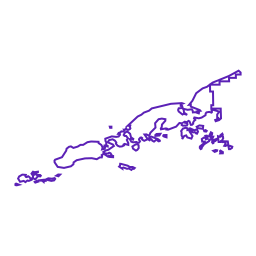 the district of Aleutians East, Alaska, United States of America
{"feature_id": "52423323B46246640861022", "entity_name": "Aleutians East", "entity_type": "district", "adm_level": 2, "iso_a3": "USA", "parent_name": "United States of America", "parent_adm1": "Alaska", "projection": "natural_earth1", "projection_center": [-161.986, 55.403], "detail": "fine", "context": "isolated", "style": "outline", "palette": "violet", "viewbox_px": 256, "rotation_deg": 0, "n_neighbors": 0, "source": "geoboundaries", "source_scale": "gbopen_adm2", "svg_char_len": 6035}
<svg xmlns="http://www.w3.org/2000/svg" viewBox="0 0 256 256"><path d="M240.6,72.5L238.6,70.7L228.9,76.0L212.6,82.6L207.0,86.8L202.6,88.4L196.2,93.2L192.4,100.8L189.1,104.8L190.8,104.6L190.8,106.6L199.8,110.1L200.4,110.8L197.5,111.3L199.0,112.7L198.8,113.4L195.4,112.2L192.9,112.4L192.6,110.4L191.7,109.3L187.6,109.8L182.9,108.7L183.7,109.8L184.0,112.6L187.2,114.8L183.8,113.8L182.5,114.5L178.7,111.5L178.1,110.0L178.7,108.3L182.7,108.0L182.1,106.0L180.7,105.9L180.7,104.4L182.9,103.5L181.8,103.1L170.9,103.8L151.8,108.4L149.0,110.7L143.9,112.6L141.4,114.7L137.7,116.5L127.7,125.8L130.2,125.7L129.8,126.8L130.4,128.3L129.9,129.1L128.1,129.9L126.5,129.3L126.1,128.2L125.0,129.7L124.2,129.7L124.6,130.2L123.3,131.5L121.3,131.4L119.8,133.1L119.6,132.6L118.7,132.9L118.1,133.9L119.6,133.9L120.0,134.8L118.6,136.5L116.3,136.9L111.8,136.4L105.3,138.7L105.5,141.0L106.3,142.4L106.1,145.0L107.7,145.9L107.7,146.5L104.5,145.5L104.2,146.7L105.1,147.7L104.6,148.8L102.1,149.4L102.6,147.6L102.0,146.2L101.3,144.9L98.6,143.1L98.5,141.8L91.1,141.5L87.4,142.2L83.1,144.9L80.4,144.9L77.7,146.6L73.4,147.9L70.9,146.4L69.0,146.8L66.6,148.7L66.2,150.7L62.0,157.2L55.1,159.7L54.5,160.6L54.6,162.3L57.7,166.9L64.0,167.9L70.9,166.3L73.4,164.3L73.6,162.4L76.7,160.2L85.0,158.4L91.8,158.2L96.8,159.2L99.8,157.4L101.8,157.4L102.2,155.9L101.7,155.1L103.6,153.7L108.0,156.6L108.9,155.7L111.0,155.8L110.2,157.0L113.1,157.2L113.1,156.1L112.4,156.2L110.5,153.2L109.2,152.7L107.9,153.5L105.2,153.5L103.4,152.0L105.7,150.5L108.3,149.8L113.9,146.0L112.9,144.5L108.2,142.5L108.0,141.8L109.2,140.1L112.6,139.3L114.9,140.6L116.3,142.5L115.9,143.7L117.6,145.7L119.7,146.6L122.0,146.4L124.0,145.4L123.6,144.5L124.6,143.9L128.3,144.9L128.3,143.1L126.8,139.9L128.0,138.3L126.2,136.0L124.5,135.9L123.7,135.0L124.8,132.8L126.6,131.7L127.8,131.9L130.1,133.8L131.0,137.3L133.3,138.9L133.0,139.6L131.6,138.7L129.8,139.1L131.3,141.7L133.1,142.3L136.6,142.0L137.6,142.9L139.1,142.6L140.0,141.3L139.0,139.7L139.1,139.0L140.4,137.6L141.5,137.5L142.2,138.1L141.8,138.9L142.2,139.6L144.2,140.8L147.1,139.5L147.4,138.7L144.5,134.5L146.5,134.4L148.8,135.6L149.6,134.9L150.4,132.7L155.5,127.6L155.1,123.2L158.6,119.2L161.8,118.6L165.4,119.2L165.3,120.8L162.0,124.5L161.7,127.2L160.8,128.5L161.0,129.3L166.0,128.4L167.0,128.7L166.6,129.5L168.0,129.7L176.2,126.6L179.4,123.0L181.9,123.3L181.7,125.0L182.9,125.7L186.9,125.5L187.5,124.2L187.1,123.2L183.6,122.4L184.7,121.7L186.9,122.2L188.5,120.9L189.5,121.4L190.9,124.9L192.0,124.8L193.2,123.7L193.1,122.6L194.0,121.0L195.3,119.9L194.0,118.4L194.4,117.5L198.8,118.3L201.6,117.6L205.5,115.2L205.7,113.4L206.5,112.4L209.2,111.9L211.5,112.6L212.0,112.0L211.6,110.4L213.1,109.8L219.3,111.6L217.2,114.5L217.2,117.8L218.3,117.9L218.8,118.8L215.2,120.0L215.7,121.2L219.1,120.1L221.0,118.4L220.7,108.6L211.3,108.6L211.3,105.2L213.2,105.2L213.0,91.5L210.1,91.5L210.0,84.7L219.6,84.7L219.5,81.3L229.1,81.3L229.0,77.9L235.9,77.9L235.8,74.5L240.6,74.5L240.6,72.5ZM181.1,131.1L181.6,132.1L181.6,135.6L182.6,137.1L182.2,139.1L184.2,136.0L186.2,135.4L187.3,137.4L191.4,138.6L192.5,136.0L189.6,131.6L191.0,130.1L191.9,130.7L191.3,131.1L191.5,131.5L192.8,132.3L195.5,132.4L196.0,133.4L197.0,133.7L198.0,131.7L196.9,129.3L194.4,130.3L190.0,128.3L188.6,129.9L187.4,130.1L187.5,128.3L185.6,127.8L182.9,128.6L181.1,131.1ZM199.9,146.5L199.8,147.9L200.7,149.1L201.5,148.7L202.0,147.1L204.1,144.3L209.1,141.1L209.2,139.6L212.0,139.7L213.2,136.7L211.8,136.7L211.9,137.8L211.1,138.0L210.5,137.2L210.8,135.1L212.0,134.6L212.2,133.1L210.9,132.3L209.0,136.2L208.1,136.6L206.8,135.6L205.6,135.8L207.4,138.4L207.2,138.9L205.9,139.3L205.7,138.4L204.2,137.4L201.8,139.0L202.2,141.6L204.7,141.6L205.2,142.2L199.9,146.5ZM19.1,176.5L18.1,178.6L20.1,181.8L23.7,180.9L25.4,182.1L27.4,180.5L28.8,180.9L31.8,179.7L32.3,178.8L31.9,178.2L30.5,178.7L29.6,177.2L28.1,176.2L26.8,177.1L25.9,176.9L25.4,176.2L25.8,174.9L23.4,174.7L22.2,174.7L19.1,176.5ZM120.0,165.6L119.1,166.6L122.3,168.7L122.2,168.0L123.5,167.5L127.0,168.8L128.9,168.5L131.4,169.9L132.5,168.7L133.8,168.9L134.7,168.0L132.7,167.0L129.8,167.0L127.7,165.7L121.1,163.9L120.2,163.8L120.0,165.6ZM31.5,173.6L32.0,174.4L33.7,173.7L34.7,174.4L32.9,175.6L33.1,178.2L34.8,179.2L35.6,179.0L37.9,176.2L40.3,176.4L40.8,175.7L40.1,175.0L36.8,175.0L35.6,174.0L35.4,173.4L37.9,172.3L37.9,171.7L34.6,172.2L33.0,171.7L31.5,173.6ZM218.0,136.2L218.6,142.0L220.7,142.0L220.8,141.3L222.7,142.1L223.5,141.6L222.0,140.4L223.2,138.3L223.0,136.8L221.9,136.4L222.8,134.9L222.3,133.7L220.4,135.2L219.9,136.9L218.0,136.2ZM132.4,146.5L133.0,148.6L135.9,150.6L137.3,149.9L138.7,148.1L138.6,145.2L137.6,144.4L135.8,144.3L132.4,146.5ZM148.8,139.1L148.2,139.4L149.6,140.3L150.8,139.0L151.4,139.2L152.3,140.7L154.0,141.6L156.5,139.6L158.3,140.5L158.0,140.9L158.5,141.3L159.7,141.1L159.8,140.5L157.9,139.1L151.2,136.6L149.3,137.4L148.8,139.1ZM45.8,179.5L51.3,180.9L54.1,180.4L55.2,178.9L54.6,178.1L51.9,178.7L48.3,178.3L45.8,179.5ZM196.7,126.8L197.6,128.1L202.9,128.8L203.2,125.9L199.4,125.4L196.7,126.8ZM224.3,145.8L225.4,146.0L228.3,144.7L227.8,141.4L224.4,141.3L224.4,142.3L225.6,142.9L225.6,143.7L224.3,145.8ZM228.5,146.6L229.0,149.1L230.2,149.1L232.0,147.9L232.3,146.7L229.9,145.8L228.5,146.6ZM155.3,135.1L155.4,135.9L159.4,135.5L160.4,133.8L156.5,134.0L155.3,135.1ZM213.2,140.2L212.0,142.1L212.8,143.3L213.4,143.1L213.9,141.3L215.2,141.1L216.4,140.0L216.6,138.9L213.2,140.2ZM37.6,180.5L42.2,180.7L43.7,182.0L43.8,181.2L45.3,180.9L44.2,179.7L37.6,180.5ZM163.6,135.1L163.2,135.9L164.1,136.6L166.5,137.3L166.5,135.0L163.6,135.1ZM220.5,150.6L220.0,151.1L220.5,152.6L220.2,153.4L222.8,153.3L222.9,152.1L220.5,150.6ZM15.4,184.1L15.5,185.1L16.7,185.3L19.1,184.7L16.1,183.6L15.4,184.1ZM58.2,174.5L56.3,175.7L58.4,176.3L60.1,174.6L58.2,174.5ZM213.3,150.8L214.7,151.9L216.9,151.0L217.1,150.3L215.7,150.0L213.3,150.8ZM34.7,181.9L35.3,182.6L37.7,181.8L36.6,180.9L34.7,181.9ZM204.0,130.5L204.3,131.3L206.1,131.6L206.7,130.9L205.6,130.1L204.0,130.5ZM109.8,126.7L110.1,127.8L111.4,127.8L111.4,126.7L109.8,126.7Z" fill="none" stroke="#5b21b6" stroke-width="2"/></svg>